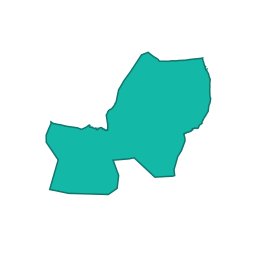 the district of Augie, Kebbi, Nigeria, rotated 247°
{"feature_id": "59680162B78681214723365", "entity_name": "Augie", "entity_type": "district", "adm_level": 2, "iso_a3": "NGA", "parent_name": "Nigeria", "parent_adm1": "Kebbi", "projection": "equal_earth", "projection_center": [4.617, 12.907], "detail": "fine", "context": "isolated", "style": "filled", "palette": "teal", "viewbox_px": 256, "rotation_deg": 247, "n_neighbors": 0, "source": "geoboundaries", "source_scale": "gbopen_adm2", "svg_char_len": 4422}
<svg xmlns="http://www.w3.org/2000/svg" viewBox="0 0 256 256"><g transform="rotate(247 128 128)"><path d="M170.3,201.1L171.1,198.4L172.7,194.7L173.7,191.0L175.3,187.5L177.2,183.1L178.4,182.7L179.1,182.6L180.0,182.1L180.7,181.7L183.5,179.6L185.9,178.2L189.8,176.1L190.0,169.0L178.9,152.4L178.6,151.9L173.4,143.2L166.8,134.3L157.1,127.6L156.8,127.6L156.5,127.5L156.3,127.1L156.2,126.6L155.9,126.1L155.4,125.7L155.3,125.4L154.9,125.3L154.4,124.5L153.9,123.8L153.2,122.7L152.7,121.5L152.1,120.6L152.0,120.2L152.0,119.8L152.0,119.3L152.0,118.6L151.8,117.7L151.5,116.9L151.1,116.2L150.7,115.5L149.5,114.7L149.2,114.2L148.9,113.7L148.6,113.2L148.3,113.1L148.1,113.0L138.0,110.4L133.9,108.3L134.0,107.7L134.3,107.8L134.5,107.6L134.7,107.4L134.8,106.9L134.6,106.5L134.7,106.2L134.9,106.2L135.1,105.8L135.4,105.7L135.7,105.7L136.1,105.7L136.3,105.3L136.6,104.9L136.8,104.5L137.1,104.8L137.6,104.5L138.0,103.9L138.3,103.9L138.7,103.7L138.8,103.5L139.0,103.2L139.1,102.4L139.1,101.4L139.1,100.7L139.3,100.3L138.9,100.2L138.6,100.1L138.4,99.7L138.5,99.2L138.5,98.8L138.9,98.6L139.5,98.2L139.9,98.1L140.2,98.6L140.5,98.5L140.7,97.6L140.9,96.7L141.5,95.9L142.0,95.7L142.4,95.7L142.5,95.3L142.9,95.2L143.0,94.7L143.3,94.3L143.5,93.9L143.4,93.6L143.5,93.3L143.9,93.5L144.3,93.4L144.5,93.3L144.8,93.3L145.0,93.2L145.1,93.5L145.2,93.9L145.4,93.9L145.9,93.5L145.5,91.8L145.0,89.8L144.9,84.9L144.9,84.7L148.0,81.4L153.6,72.1L158.0,66.2L158.5,65.0L160.1,63.0L161.3,61.0L163.2,59.8L163.7,59.5L161.9,58.7L158.7,55.2L153.4,49.9L146.8,47.2L125.9,51.3L102.0,31.9L91.0,47.9L81.8,68.0L74.5,83.9L76.7,94.4L87.9,100.8L104.2,101.7L99.2,116.9L98.2,122.0L72.3,133.5L66.2,150.4L66.0,152.4L71.6,154.0L75.4,157.1L82.3,162.6L86.2,168.2L89.1,171.0L93.9,175.5L95.9,176.2L97.5,176.6L100.4,176.9L100.3,177.1L100.3,177.3L100.4,177.5L100.5,177.6L100.7,177.8L100.8,177.8L100.8,178.0L100.7,178.1L100.7,178.3L100.7,178.5L100.8,178.6L100.8,178.9L100.7,179.0L100.7,179.3L100.8,179.3L101.0,179.3L101.1,179.5L101.0,179.8L101.0,180.1L100.9,180.3L100.8,180.5L100.9,180.8L100.8,181.0L100.8,181.3L100.7,181.5L100.6,181.9L100.6,182.0L100.5,182.3L100.5,182.5L100.6,182.8L100.7,183.0L100.6,183.3L100.5,183.6L100.5,183.8L100.6,184.1L100.6,184.3L100.6,184.5L100.5,184.8L100.6,185.0L100.7,185.3L100.8,185.5L100.9,185.4L101.0,185.4L101.0,185.5L100.9,185.8L101.0,185.9L101.0,186.0L101.1,186.3L101.1,186.5L101.1,186.8L101.3,187.0L101.5,187.0L101.6,186.8L101.6,186.7L101.8,186.7L101.8,186.8L102.0,186.9L102.1,187.0L102.0,187.3L102.0,187.5L102.0,187.8L101.9,187.9L102.0,188.0L102.0,188.3L101.9,188.4L101.9,188.6L101.8,188.8L101.8,189.0L101.9,189.3L101.8,189.5L101.7,189.8L101.6,190.1L101.4,190.2L101.2,190.2L101.1,190.3L101.0,190.6L101.1,190.8L101.0,191.1L101.0,191.4L100.9,191.6L100.8,191.8L100.7,191.8L100.5,192.0L100.7,192.8L102.8,194.9L103.0,196.4L103.2,197.3L103.3,197.9L103.8,198.1L104.2,198.3L104.5,198.5L104.9,198.7L105.2,199.0L105.5,199.5L105.9,200.0L106.3,200.5L106.7,201.0L107.1,201.4L107.5,201.8L107.8,202.1L107.9,202.3L108.1,202.6L108.2,203.0L108.5,203.5L108.9,204.1L109.7,205.1L110.4,206.0L110.9,206.7L111.3,207.3L111.6,207.7L111.9,208.1L112.3,208.5L112.8,208.7L113.2,209.0L114.1,209.5L115.2,210.1L116.1,210.6L117.1,211.3L117.9,212.0L118.4,212.6L119.1,213.2L119.6,213.5L120.1,213.9L120.3,214.1L120.8,214.4L121.5,214.8L122.0,215.0L122.3,215.3L122.6,215.4L122.9,215.6L123.1,215.6L123.3,215.7L123.6,215.6L124.0,215.6L124.4,215.7L124.7,215.7L125.0,215.8L125.3,215.9L125.6,216.0L125.9,216.1L126.3,216.2L126.6,216.4L126.9,216.5L127.2,216.6L127.5,216.7L127.9,216.9L128.1,217.0L128.4,217.1L128.9,217.2L129.2,217.3L129.4,217.4L129.9,217.6L130.4,217.8L131.8,218.4L132.8,218.9L134.7,219.8L135.5,220.1L135.8,220.2L136.0,220.2L136.6,220.5L139.0,221.7L139.7,222.1L140.3,222.5L140.5,222.6L141.1,222.7L141.8,222.7L142.3,222.6L143.0,222.7L143.4,222.7L143.9,222.8L144.6,222.9L145.2,223.0L145.5,223.1L145.9,223.1L146.1,223.2L146.4,223.2L146.8,223.2L147.2,223.2L147.6,223.1L148.0,223.1L148.4,223.1L148.7,223.0L149.0,222.9L149.3,222.9L149.6,222.9L149.8,222.9L150.2,222.9L150.5,223.0L150.8,223.1L151.1,223.2L151.2,223.3L151.1,222.3L151.8,222.4L152.1,222.4L154.1,222.6L154.1,223.3L154.6,223.1L155.2,222.9L155.9,222.8L156.6,222.9L157.2,223.0L157.8,223.1L158.3,223.2L158.9,223.3L159.5,223.3L160.3,223.3L160.8,223.3L161.5,223.5L162.0,223.6L162.4,223.7L163.0,223.9L163.3,224.1L163.7,222.0L164.8,218.5L166.7,212.4L167.9,207.5L170.3,201.1Z" fill="#14b8a6" stroke="#0f766e" stroke-width="1.5"/></g></svg>